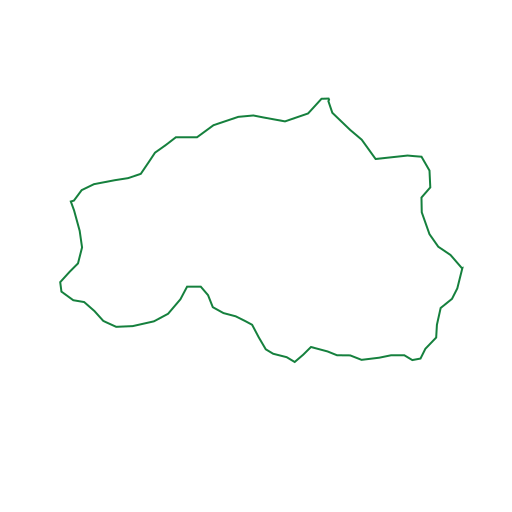 Heby, Västmanland, Sweden (orthographic projection), rotated 76°
{"feature_id": "70781695B62242352773373", "entity_name": "Heby", "entity_type": "district", "adm_level": 2, "iso_a3": "SWE", "parent_name": "Sweden", "parent_adm1": "Västmanland", "projection": "orthographic", "projection_center": [17.041, 60.088], "detail": "fine", "context": "isolated", "style": "outline", "palette": "green", "viewbox_px": 512, "rotation_deg": 76, "n_neighbors": 0, "source": "geoboundaries", "source_scale": "gbopen_adm2", "svg_char_len": 1204}
<svg xmlns="http://www.w3.org/2000/svg" viewBox="0 0 512 512"><g transform="rotate(76 256 256)"><path d="M197.5,78.0L195.2,84.6L190.8,116.5L168.7,125.3L156.5,134.1L135.5,147.3L123.3,148.3L122.0,147.3L120.8,147.5L119.3,154.4L130.3,171.0L132.4,195.3L123.4,215.2L119.0,224.6L116.7,239.5L118.8,265.6L126.5,284.5L124.2,293.9L121.4,305.0L126.3,316.2L131.3,329.0L137.9,336.2L148.4,347.9L149.5,361.3L148.3,374.6L147.1,395.8L149.9,409.2L158.2,419.3L158.3,422.5L167.7,421.5L188.9,421.0L205.6,422.7L220.1,430.5L226.2,440.6L234.0,452.3L243.5,453.4L254.7,444.0L259.1,433.9L270.3,426.1L282.0,419.9L284.0,417.5L290.9,408.8L294.2,392.6L294.7,370.9L290.8,355.3L279.7,339.8L269.1,330.3L272.4,317.0L282.4,312.0L295.2,310.3L303.5,301.4L309.6,290.3L316.8,281.9L321.8,276.4L335.6,273.0L348.9,269.1L355.0,263.0L361.6,250.7L368.2,244.1L363.2,234.1L357.6,224.7L365.9,209.7L371.9,201.4L375.2,188.7L380.3,181.5L382.3,178.7L384.5,161.0L385.0,148.8L388.2,136.1L394.8,129.5L395.3,121.2L387.0,114.1L378.7,100.9L366.5,97.1L351.1,89.4L345.0,76.2L336.1,68.5L317.5,58.6L317.5,59.2L302.1,67.0L291.1,76.9L276.8,82.4L253.7,84.6L239.3,81.3L231.6,70.3L215.1,67.0L199.7,71.4L197.5,78.0Z" fill="none" stroke="#15803d" stroke-width="2"/></g></svg>